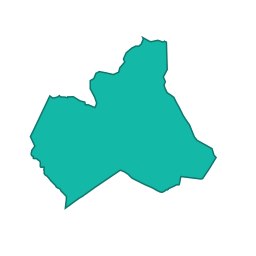 M'bout, Gorgol, Mauritania, rotated 284°
{"feature_id": "47542326B11221851845412", "entity_name": "M'bout", "entity_type": "district", "adm_level": 2, "iso_a3": "MRT", "parent_name": "Mauritania", "parent_adm1": "Gorgol", "projection": "orthographic", "projection_center": [-12.565, 16.012], "detail": "fine", "context": "isolated", "style": "filled", "palette": "teal", "viewbox_px": 256, "rotation_deg": 284, "n_neighbors": 0, "source": "geoboundaries", "source_scale": "gbopen_adm2", "svg_char_len": 1704}
<svg xmlns="http://www.w3.org/2000/svg" viewBox="0 0 256 256"><g transform="rotate(284 128 128)"><path d="M78.0,41.0L77.4,43.0L75.8,43.3L75.5,44.2L76.1,45.9L75.9,47.3L75.2,48.6L74.5,50.5L72.7,51.5L72.1,51.6L70.9,51.7L70.6,51.9L69.2,52.3L68.9,52.8L68.9,53.6L69.8,55.7L69.3,56.4L66.9,56.4L66.6,56.7L65.1,57.5L64.2,57.4L63.3,57.9L62.4,59.0L61.6,61.3L60.4,63.0L58.7,65.3L58.1,65.9L57.5,67.0L56.6,68.4L55.8,69.7L54.8,71.5L53.5,72.6L53.0,73.6L52.8,74.7L52.5,76.0L52.2,77.2L50.8,78.1L46.7,84.8L43.0,85.6L40.4,85.9L35.0,86.6L48.1,97.6L50.6,100.2L62.0,109.9L85.2,130.7L84.6,135.2L83.1,139.4L80.3,144.0L77.1,158.4L76.2,164.1L75.6,167.2L75.0,169.2L74.6,170.3L73.8,174.0L73.7,175.0L74.0,176.9L75.8,179.0L77.3,179.9L77.4,181.1L78.3,181.9L79.0,181.9L81.2,184.9L84.1,188.3L84.8,189.0L84.9,190.5L85.5,191.4L85.8,191.4L93.7,191.0L96.2,211.3L96.9,212.6L107.6,216.5L120.7,220.6L122.4,218.0L128.3,214.5L132.7,198.1L135.4,194.5L145.9,186.9L151.1,180.9L153.9,178.1L160.5,172.5L164.6,168.6L168.8,165.1L170.4,161.3L171.7,157.4L175.4,154.4L178.1,152.6L180.1,152.8L182.0,153.0L184.4,151.2L186.0,149.9L194.2,151.9L220.6,144.5L221.0,142.4L220.8,142.4L219.8,141.2L220.3,135.7L217.5,130.0L217.2,128.2L219.3,120.4L218.0,121.3L212.7,120.6L209.9,118.6L209.4,115.8L206.5,112.4L200.6,108.1L193.8,106.9L191.2,108.9L184.4,105.5L179.8,105.4L176.3,100.8L176.2,94.3L175.8,86.5L173.3,83.7L167.7,82.9L164.8,79.9L156.9,81.9L149.9,88.2L144.7,91.5L142.3,91.5L139.8,90.9L140.4,87.2L140.9,84.0L140.2,81.0L142.7,79.8L142.7,74.8L145.1,67.4L143.6,62.0L142.8,62.1L142.7,59.3L141.8,54.8L142.8,53.6L141.0,52.1L138.8,48.0L140.2,44.4L102.6,36.8L96.0,35.4L87.9,42.0L83.1,40.1L79.8,40.2L78.0,41.0Z" fill="#14b8a6" stroke="#0f766e" stroke-width="1.5"/></g></svg>